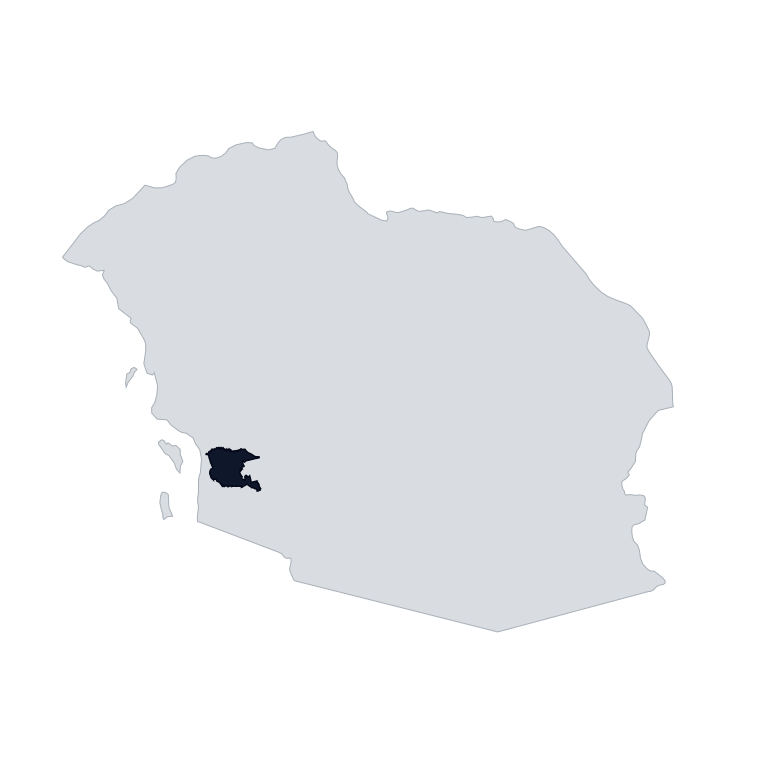 location of Handeni, Tanga, United Republic of Tanzania, rotated 165°
{"feature_id": "72390352B54290670955979", "entity_name": "Handeni", "entity_type": "district", "adm_level": 2, "iso_a3": "TZA", "parent_name": "United Republic of Tanzania", "parent_adm1": "Tanga", "projection": "mercator", "projection_center": [38.284, -5.494], "detail": "fine", "context": "in_parent", "style": "filled", "palette": "ink", "viewbox_px": 768, "rotation_deg": 165, "n_neighbors": 0, "source": "geoboundaries", "source_scale": "gbopen_adm2", "svg_char_len": 9032}
<svg xmlns="http://www.w3.org/2000/svg" viewBox="0 0 768 768"><g transform="rotate(165 384 384)"><path d="M285.6,536.2L277.5,531.9L270.1,529.3L264.0,526.4L261.3,523.5L255.7,522.4L250.8,522.0L246.2,519.3L236.9,518.4L235.9,516.6L235.7,512.7L234.1,511.7L230.7,510.7L227.0,510.7L224.8,511.3L223.5,511.0L220.4,508.7L217.6,505.8L216.6,501.2L212.3,498.2L207.4,495.8L193.7,496.1L191.6,495.3L188.3,493.0L184.5,489.1L181.5,484.6L178.8,478.6L176.0,470.5L160.3,438.1L158.7,432.0L155.7,425.2L150.6,416.8L145.3,410.7L138.1,405.1L130.0,399.5L125.6,395.7L117.2,380.5L115.4,373.4L114.1,366.0L114.7,363.0L119.9,353.5L120.5,350.9L119.8,347.3L117.2,339.7L113.9,330.5L107.3,313.8L106.3,309.6L106.4,306.5L110.3,289.5L110.3,287.1L126.0,287.5L137.4,280.0L147.4,268.9L149.4,264.3L153.4,257.2L157.4,253.7L158.9,251.2L161.2,244.1L166.5,239.3L171.5,235.6L170.5,233.0L171.3,232.1L174.0,230.2L179.4,228.4L180.5,224.7L180.5,220.5L179.6,218.2L179.8,215.5L178.9,214.0L175.4,213.6L170.2,211.5L165.7,210.6L162.8,209.4L161.7,208.5L161.2,205.9L163.6,199.5L161.2,196.8L166.7,186.1L167.6,184.8L169.6,184.6L172.8,183.5L175.7,183.0L178.1,183.4L179.8,182.9L181.4,181.7L182.7,178.1L183.7,172.0L183.2,167.0L180.9,163.2L180.3,157.4L181.3,149.5L180.6,143.0L178.0,137.8L175.5,134.7L171.5,133.3L165.4,125.3L163.5,121.5L163.8,119.1L166.0,118.1L169.9,118.4L173.6,117.5L177.0,115.3L180.4,114.7L182.2,115.1L338.4,115.1L521.1,217.0L521.9,218.2L523.3,227.0L523.0,230.0L520.2,235.1L519.4,237.7L519.3,239.5L520.0,240.3L522.4,240.5L524.5,241.7L525.2,242.7L526.8,246.5L528.8,248.4L598.2,298.5L599.8,299.3L598.8,303.5L594.9,313.7L594.6,318.0L593.1,323.0L591.6,326.3L587.6,340.6L584.3,346.0L579.7,358.6L579.0,368.3L581.5,375.0L582.4,381.4L587.8,387.6L592.1,389.8L595.0,392.6L600.1,399.1L603.0,405.6L612.3,408.8L615.9,416.1L614.6,421.2L610.3,425.3L606.3,432.1L603.1,441.0L603.0,454.5L605.2,452.5L610.1,455.8L610.7,465.8L605.7,477.5L604.1,482.9L603.9,487.6L607.5,501.5L613.1,508.7L612.7,510.9L611.2,512.8L620.7,525.3L619.9,536.3L623.5,544.8L625.0,552.3L627.3,557.9L627.8,561.9L624.9,566.2L631.8,567.3L635.8,570.8L637.8,574.3L642.7,574.1L645.4,576.4L649.3,578.4L658.0,584.1L660.3,587.0L661.7,589.7L638.0,607.8L629.5,612.4L623.3,614.6L616.8,615.8L610.6,618.6L604.8,623.1L597.2,625.4L588.1,625.4L578.5,628.5L563.4,637.9L554.6,632.7L547.7,631.0L539.7,631.2L534.9,631.9L533.2,633.0L531.6,636.1L530.4,641.4L525.1,646.4L516.0,651.2L507.6,653.0L499.9,651.8L494.7,649.8L492.0,647.0L488.0,645.7L482.7,645.9L477.6,647.9L472.8,651.7L465.0,653.3L454.4,652.8L448.7,651.0L447.9,647.9L443.3,644.2L434.7,640.0L428.5,639.9L424.4,643.9L420.8,646.5L417.4,647.5L414.5,647.6L410.2,646.5L398.4,646.1L387.3,646.3L386.2,640.4L383.9,636.9L381.9,634.8L378.0,634.2L377.0,632.6L375.7,629.0L373.8,625.9L371.3,623.3L369.8,621.0L369.3,618.8L369.7,616.4L372.0,610.4L372.7,606.3L372.4,602.2L371.2,597.9L368.6,592.8L368.8,591.3L368.0,587.8L367.9,585.4L368.4,582.4L367.9,578.4L365.6,569.9L365.6,567.7L363.2,563.6L355.8,553.9L355.5,552.6L343.9,542.8L339.2,540.7L337.6,542.5L336.9,544.2L337.4,547.3L337.1,548.9L336.7,549.6L333.9,549.5L332.2,549.1L327.8,546.5L324.4,545.8L315.9,546.3L312.9,546.9L310.6,546.3L306.1,541.9L300.8,540.9L296.1,540.7L288.3,535.6L285.6,536.2ZM613.5,373.5L617.3,384.2L616.8,386.2L614.1,387.4L612.7,387.5L611.0,385.8L609.8,382.2L607.8,383.1L604.3,378.8L600.9,378.6L597.8,373.4L599.0,368.9L598.3,361.3L602.0,357.4L604.1,350.8L606.5,355.3L607.1,362.3L610.3,370.6L613.5,373.5ZM631.8,310.0L632.1,312.5L631.4,314.9L631.5,322.4L631.2,327.5L628.4,334.4L626.1,336.9L624.0,336.2L622.3,335.0L621.0,333.1L623.7,320.4L622.3,311.0L627.6,311.9L631.8,310.0ZM624.2,464.1L621.5,464.7L620.4,464.1L618.8,462.0L621.7,460.2L624.4,456.7L630.9,451.6L633.9,447.6L633.5,451.5L629.8,460.2L626.7,460.8L624.2,464.1Z" fill="#d9dde1" stroke="#a8b0b8" stroke-width="1"/><path d="M530.3,315.3L530.5,315.7L530.7,315.8L530.8,316.2L530.9,316.3L531.1,316.7L530.9,316.9L531.1,317.2L531.1,317.3L531.1,317.8L531.1,318.1L530.9,318.5L531.0,318.9L531.0,319.1L530.9,319.1L531.0,319.4L530.8,319.4L530.8,319.5L530.9,319.8L531.0,319.9L531.1,320.2L531.3,320.4L531.4,320.5L531.3,320.8L531.3,321.2L531.4,321.4L532.0,321.8L531.8,322.1L532.0,322.6L531.9,322.8L532.0,323.0L531.8,323.1L532.1,323.3L533.3,323.2L535.0,323.3L537.6,323.2L537.7,323.9L537.5,327.6L537.5,328.9L537.5,330.1L538.4,329.5L538.8,329.5L539.3,329.3L539.6,329.5L539.8,330.1L540.4,330.9L540.9,331.5L541.5,331.3L541.6,331.2L542.0,331.0L542.4,330.5L542.6,329.7L542.7,327.8L542.9,327.8L543.0,327.7L542.9,327.6L543.2,327.4L543.4,327.2L544.5,328.1L545.5,329.1L546.2,329.6L545.0,331.1L545.4,331.7L545.4,332.1L545.7,332.8L546.1,334.5L546.3,334.6L546.5,334.6L545.9,336.7L545.1,338.1L544.9,337.2L544.4,337.5L543.1,338.9L542.9,338.8L543.0,339.5L542.9,340.7L542.2,340.5L541.7,340.5L540.4,340.8L540.5,341.4L540.9,343.0L540.9,345.2L540.7,346.3L540.1,345.6L538.9,344.7L538.8,345.0L537.9,345.3L536.1,345.6L534.2,345.4L531.2,345.4L528.7,345.3L527.4,345.4L525.7,345.1L525.1,345.1L523.6,345.2L523.5,345.9L524.0,346.2L525.9,346.6L527.6,347.5L530.2,350.5L531.1,351.3L531.7,351.7L532.2,352.2L532.7,352.3L533.9,354.1L534.6,355.4L535.2,356.9L535.5,356.9L535.8,356.8L536.1,356.9L536.2,357.2L536.4,357.2L536.9,357.3L537.4,357.2L537.6,357.4L538.3,357.7L538.5,357.9L538.5,358.0L538.8,358.4L539.0,358.4L539.2,357.8L539.3,357.7L539.6,357.7L540.0,357.9L540.3,357.7L541.0,357.7L541.4,357.8L541.6,357.7L541.7,357.9L541.9,357.9L542.0,357.8L542.1,357.5L542.5,357.1L542.9,357.5L543.0,357.5L543.1,357.2L543.4,357.6L543.7,357.7L543.8,357.7L543.9,357.8L544.0,357.6L544.4,357.6L544.5,357.6L544.6,357.8L545.0,357.8L545.3,357.8L545.6,358.0L545.7,357.9L545.6,357.6L545.9,357.4L546.1,357.5L546.5,357.5L547.0,357.5L547.1,357.8L547.4,357.8L547.5,357.9L547.2,358.2L547.4,358.2L547.5,358.1L547.8,358.4L548.2,358.2L548.3,358.4L548.8,358.5L549.1,358.7L549.0,359.0L549.3,358.9L549.3,359.0L548.9,359.3L548.7,359.5L548.9,359.4L549.0,359.6L549.1,359.3L549.2,359.2L549.6,359.6L549.8,359.5L549.7,359.8L550.0,359.9L550.0,360.0L550.3,360.4L550.1,360.5L550.4,360.7L550.4,360.9L550.8,360.7L550.8,360.9L550.8,361.0L550.9,360.9L551.1,361.2L551.5,361.1L551.8,361.2L552.0,361.1L552.1,361.3L552.6,361.1L552.5,360.9L552.8,360.8L552.8,361.0L553.1,361.0L553.2,361.3L553.2,361.5L553.3,361.4L553.5,361.2L553.6,360.9L553.7,361.1L554.0,361.2L553.8,361.3L554.0,361.4L554.0,361.5L554.2,361.8L554.3,361.7L554.4,361.4L554.7,361.5L554.8,361.6L554.8,361.8L555.0,362.0L555.3,362.2L555.3,362.3L555.6,362.4L555.7,362.6L555.4,363.0L555.8,363.2L555.9,363.4L556.0,363.4L555.9,364.0L556.5,363.9L556.8,364.1L557.1,363.9L557.4,364.0L557.6,364.2L557.8,363.8L558.0,364.0L558.4,364.1L558.3,364.3L558.6,364.2L558.5,363.9L558.6,363.7L558.9,363.9L559.0,363.7L559.2,363.9L559.1,364.1L559.3,364.2L559.4,364.6L559.6,364.5L559.6,364.9L559.5,365.0L560.0,365.0L560.0,365.3L560.2,365.5L560.3,365.5L561.2,365.2L562.0,365.8L562.3,365.7L562.3,365.4L562.7,365.2L562.7,364.9L562.9,364.7L563.2,364.7L563.4,364.9L563.8,364.9L564.1,365.0L564.3,365.0L564.7,365.2L565.3,365.1L566.0,364.6L566.3,364.9L566.7,364.8L566.8,365.1L566.5,365.1L566.4,365.3L566.5,365.4L566.9,365.6L567.1,365.3L567.4,365.3L567.4,365.1L567.6,365.0L567.7,364.7L568.4,364.5L568.4,364.3L568.6,364.2L568.6,363.8L569.0,363.8L569.0,363.6L569.2,363.8L569.1,364.0L569.6,363.9L570.0,364.1L570.4,364.0L570.4,363.8L570.9,363.5L571.0,363.3L570.9,363.1L571.5,362.5L572.3,362.3L573.2,362.8L573.5,362.8L573.7,362.7L573.9,362.3L573.8,362.2L574.0,362.0L573.7,361.8L573.0,361.7L572.4,361.4L572.1,361.1L572.0,360.2L571.8,359.7L571.8,359.3L571.9,358.9L571.8,358.7L572.0,358.3L572.0,357.8L571.8,356.1L571.9,355.7L571.8,355.4L571.9,355.0L571.6,353.8L572.0,352.9L571.9,352.7L571.6,352.5L571.5,352.3L571.6,352.1L571.3,349.1L570.9,346.6L573.2,346.6L574.0,345.7L575.0,344.2L575.3,343.3L575.5,341.8L575.2,340.2L575.3,339.5L575.3,338.5L574.9,337.6L573.9,335.9L573.9,336.0L573.7,336.0L573.7,335.8L573.6,336.0L573.3,335.9L573.1,335.9L571.2,335.7L571.3,335.5L571.0,335.4L570.8,335.2L570.7,334.7L570.6,334.2L570.5,333.6L570.5,333.4L570.5,333.2L569.4,332.7L567.6,330.3L567.7,329.8L566.6,329.5L566.7,329.3L567.1,329.0L567.2,328.8L567.0,328.0L566.8,327.9L566.9,327.5L566.7,327.1L566.5,326.9L566.3,326.7L565.9,326.7L565.6,326.9L565.5,326.7L565.3,326.7L565.0,326.4L564.7,326.3L564.3,326.3L564.1,326.5L563.5,326.7L563.3,326.8L563.2,326.8L562.9,326.7L562.8,326.8L562.9,327.0L562.7,327.0L562.4,326.7L562.5,326.5L562.4,326.3L562.1,326.3L561.7,325.5L561.3,325.1L559.8,325.3L558.5,325.4L557.8,324.3L556.6,324.5L556.3,324.4L551.9,323.1L550.7,323.0L550.0,322.7L548.6,322.0L547.9,321.5L547.9,321.2L548.0,321.1L547.5,321.1L546.2,321.7L544.7,321.9L543.8,322.3L542.3,322.6L541.7,322.0L540.0,319.9L539.3,319.2L539.0,318.7L538.7,318.1L537.9,318.0L536.7,317.3L536.5,317.0L535.7,316.2L535.1,316.0L534.2,315.5L534.1,315.4L534.2,314.6L534.0,314.2L534.1,313.8L534.0,313.3L534.1,313.2L533.9,313.1L534.0,313.2L533.8,313.3L533.6,313.4L533.5,313.6L533.3,313.6L533.2,313.3L532.4,313.5L532.0,313.6L531.7,313.7L531.2,313.6L531.2,313.8L531.1,314.0L530.9,314.0L530.8,314.3L530.6,314.4L530.6,314.5L530.5,314.8L530.2,315.0L530.3,315.3Z" fill="#0f172a" stroke="#020617" stroke-width="1.5"/></g></svg>